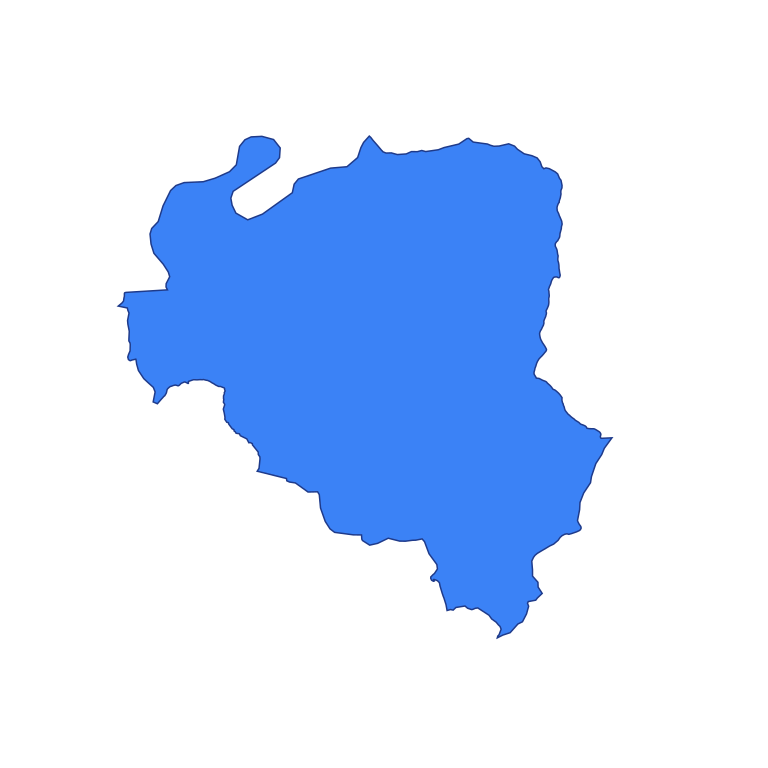 Blandiana, Alba, Romania, rotated 161°
{"feature_id": "2599482B84573671130464", "entity_name": "Blandiana", "entity_type": "district", "adm_level": 2, "iso_a3": "ROU", "parent_name": "Romania", "parent_adm1": "Alba", "projection": "natural_earth1", "projection_center": [23.346, 46.001], "detail": "fine", "context": "isolated", "style": "filled", "palette": "blue", "viewbox_px": 768, "rotation_deg": 161, "n_neighbors": 0, "source": "geoboundaries", "source_scale": "gbopen_adm2", "svg_char_len": 6171}
<svg xmlns="http://www.w3.org/2000/svg" viewBox="0 0 768 768"><g transform="rotate(161 384 384)"><path d="M609.9,544.2L601.9,539.4L602.2,537.2L602.0,534.1L605.8,527.5L606.7,523.9L607.7,516.8L610.4,510.0L611.2,507.8L610.8,505.4L611.1,503.9L613.3,498.0L616.0,495.0L617.5,492.9L617.7,490.3L617.2,489.6L616.8,489.0L616.1,488.6L614.5,488.7L610.6,488.3L610.6,487.5L611.4,483.3L611.8,476.7L609.4,467.3L606.3,461.5L603.2,455.9L603.0,451.0L608.1,442.2L604.7,439.1L599.0,442.4L598.2,442.8L596.3,443.9L595.1,444.3L593.1,446.0L592.5,446.7L590.9,449.3L590.0,450.0L588.2,450.8L586.9,451.2L585.1,451.1L584.1,451.2L581.8,451.0L580.6,450.3L579.4,449.4L578.7,449.3L577.9,449.5L575.6,450.6L572.3,450.9L571.4,450.6L569.1,448.3L568.8,448.3L568.5,448.6L568.4,449.6L567.9,450.1L563.2,450.1L562.5,450.0L559.4,448.8L556.4,448.0L554.4,447.2L553.2,447.0L550.8,445.4L549.6,444.8L547.5,442.8L546.5,441.4L545.0,439.8L543.2,437.5L542.1,436.5L541.4,435.7L540.8,435.4L539.4,434.9L537.2,433.0L536.4,432.4L536.2,431.5L536.5,430.9L536.5,429.1L537.8,427.9L538.1,426.7L539.6,425.0L540.5,422.4L540.4,421.9L541.8,419.0L541.3,417.2L541.4,416.2L544.1,412.6L544.5,408.6L545.2,404.3L546.0,402.4L545.1,399.0L543.8,398.2L543.8,396.4L542.1,391.1L540.8,389.8L541.0,388.3L540.2,387.3L539.9,385.6L536.9,384.0L536.7,381.9L531.6,376.8L530.9,372.4L529.6,372.2L527.9,370.5L528.2,369.3L525.1,360.6L525.8,358.2L525.1,355.6L525.6,353.6L529.6,345.0L532.3,342.8L507.0,326.4L507.4,324.1L505.3,322.1L500.0,319.3L491.0,306.6L481.9,303.7L481.2,300.5L484.4,287.4L484.3,273.2L482.2,264.6L479.0,259.8L462.2,251.4L454.4,248.6L455.5,244.5L455.3,243.0L450.0,236.3L441.9,235.4L430.2,236.8L420.4,230.4L414.9,228.4L408.1,227.0L404.8,226.0L398.4,225.1L397.0,221.7L396.7,208.8L392.8,196.1L393.7,191.7L398.0,188.4L399.7,187.8L402.6,186.3L403.1,185.0L402.9,183.0L401.6,181.5L401.2,181.3L400.6,181.4L400.7,181.8L401.2,182.6L400.5,183.0L399.7,182.5L397.5,180.6L396.3,178.1L396.8,174.7L397.1,166.9L397.1,163.7L397.0,162.3L397.2,155.2L398.1,149.3L394.6,149.1L392.2,147.7L388.7,149.3L379.7,147.7L378.0,144.8L374.7,142.2L373.6,142.0L370.6,142.2L368.2,141.7L360.0,131.2L358.7,126.8L355.5,122.3L354.3,119.1L353.2,117.0L353.1,114.0L356.8,109.5L358.5,108.6L359.5,107.1L353.4,107.9L345.7,107.8L335.5,113.5L330.5,114.1L324.1,120.2L319.6,126.8L319.7,130.0L318.4,131.3L310.9,130.2L308.7,131.7L302.6,134.5L304.4,141.8L303.0,146.4L306.1,154.0L304.1,159.9L303.0,164.3L301.9,168.5L299.1,171.4L297.1,172.8L294.3,173.9L289.3,175.0L284.3,176.0L280.1,176.9L275.7,177.4L270.3,179.5L267.4,181.6L265.1,182.6L262.0,183.1L259.8,182.8L258.2,181.7L255.4,181.5L250.2,181.5L247.1,181.8L245.7,182.3L244.5,183.6L244.3,185.2L245.1,187.9L245.5,190.6L245.5,191.9L240.0,201.4L237.3,208.1L230.7,215.9L220.9,223.4L218.0,228.9L209.6,239.8L201.1,246.4L196.6,251.5L186.0,258.9L195.6,261.7L196.5,262.1L196.7,262.6L196.6,263.8L195.6,265.3L195.3,265.9L195.3,266.8L195.6,268.0L196.1,268.9L198.4,271.7L199.5,272.9L200.5,273.5L202.0,274.0L204.3,274.9L205.9,275.7L206.5,276.1L206.8,277.8L207.3,278.7L208.7,280.1L211.2,282.1L212.3,284.3L214.6,287.1L215.1,287.8L215.5,288.8L217.1,291.0L218.3,293.0L218.6,293.8L219.7,295.4L221.0,299.1L221.3,300.2L221.3,301.9L221.1,303.6L221.3,305.7L221.1,306.4L221.1,307.0L221.3,308.1L221.1,310.4L220.7,311.8L220.1,313.1L221.0,316.3L221.9,318.5L223.1,320.7L224.0,322.2L224.6,322.9L225.8,323.9L226.1,324.6L226.6,326.4L227.4,328.4L229.2,331.6L229.7,333.0L230.4,333.9L232.8,335.9L235.1,338.3L235.6,338.8L238.1,340.0L238.1,340.7L238.2,341.3L238.6,343.0L238.8,344.0L238.8,344.7L238.5,345.8L238.1,346.6L236.9,348.3L236.2,349.6L234.7,351.4L232.9,353.9L231.4,355.5L229.2,357.3L227.3,358.3L225.4,359.2L223.3,360.4L221.6,361.5L220.4,362.1L219.5,363.0L219.1,363.8L219.2,364.9L219.6,367.3L220.2,369.6L220.7,371.4L221.3,375.3L221.2,377.2L220.9,379.3L220.5,381.0L219.9,382.0L218.9,383.2L217.3,384.5L215.6,386.3L214.2,387.6L213.0,389.4L212.4,391.5L210.9,393.3L209.3,395.0L207.7,397.4L207.4,398.0L207.2,398.6L207.2,399.3L207.0,400.2L206.7,400.7L205.2,402.1L203.0,404.6L202.2,406.0L201.4,407.8L200.8,410.0L200.2,411.7L199.7,412.3L199.0,413.7L198.6,415.3L198.4,416.2L197.9,418.0L197.8,419.5L197.5,420.2L196.5,421.3L195.8,422.3L194.6,423.5L193.7,424.5L192.5,426.3L191.6,427.4L190.5,428.4L189.4,429.2L189.0,429.5L188.2,429.6L187.1,429.4L186.3,429.2L185.4,428.7L184.7,427.9L184.2,427.6L183.9,427.5L183.4,427.6L183.0,428.1L182.5,428.6L182.1,429.3L181.9,429.9L181.7,431.7L181.0,435.4L180.9,436.2L180.8,436.7L180.5,437.4L179.9,439.5L179.5,441.7L179.4,444.0L179.2,444.9L178.9,445.8L178.0,447.7L177.6,448.7L177.6,450.0L176.8,454.2L176.8,455.6L176.9,456.4L177.0,457.4L177.2,458.4L176.7,460.1L176.5,460.6L176.3,460.9L175.9,461.3L174.4,462.4L173.1,462.9L172.1,463.9L170.4,465.4L170.0,466.0L169.6,466.7L168.7,468.8L165.8,473.1L165.0,475.0L163.8,476.7L163.5,477.3L163.0,479.9L163.0,480.9L163.3,485.0L163.4,485.6L163.4,486.7L163.4,488.4L163.6,489.7L163.8,491.5L163.7,491.8L163.4,492.9L163.1,494.2L162.7,494.9L162.1,495.9L160.6,497.7L159.9,498.3L159.3,498.6L158.7,500.0L156.7,502.6L154.8,506.0L154.4,507.7L153.7,509.4L151.9,511.5L151.0,513.8L150.3,519.0L151.1,521.4L151.4,526.1L153.0,528.8L157.6,533.8L160.5,535.6L162.8,535.5L164.0,538.1L164.0,543.3L165.6,547.9L169.8,551.7L176.5,556.0L181.4,562.5L183.1,566.4L187.9,570.5L197.6,571.5L202.7,573.0L205.8,575.2L208.0,577.2L213.4,579.9L220.9,583.7L223.9,588.7L225.7,589.0L235.2,586.5L250.2,588.0L256.4,587.8L268.9,590.2L272.3,592.5L276.8,592.8L282.4,594.8L288.1,594.3L296.7,596.6L301.8,600.1L306.9,601.7L309.5,604.0L309.7,604.9L310.0,605.2L312.5,611.7L315.0,617.8L316.2,621.4L317.2,623.2L324.6,619.1L328.9,615.0L335.2,606.7L348.3,601.5L364.2,605.5L398.2,605.7L403.9,602.2L408.4,594.7L443.6,584.2L459.4,583.6L468.4,593.8L469.4,602.5L468.3,609.6L463.9,615.3L414.6,628.2L409.1,632.0L405.3,641.0L408.8,651.1L418.8,657.9L429.2,660.9L436.0,660.2L443.2,655.7L452.3,639.3L461.0,635.0L476.8,633.6L489.1,634.1L507.4,639.5L516.1,639.4L522.8,636.4L534.9,624.4L544.6,611.1L553.0,606.7L556.4,602.0L558.7,592.2L559.0,582.5L553.7,569.1L551.5,560.1L551.7,555.2L557.3,549.8L558.5,546.7L558.1,543.5L598.1,554.6L599.1,554.7L599.6,554.6L600.0,554.1L600.9,551.5L601.8,550.1L603.3,547.2L605.4,545.9L609.9,544.2Z" fill="#3b82f6" stroke="#1e3a8a" stroke-width="1.5"/></g></svg>